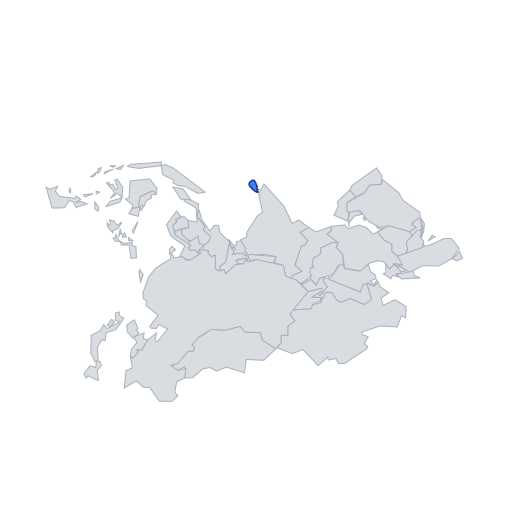 location of Sri Lanka within Asia, rotated 164°
{"feature_id": "LKA", "entity_name": "Sri Lanka", "entity_type": "country or territory", "adm_level": 0, "iso_a3": "LKA", "parent_name": "Asia", "parent_adm1": "", "projection": "mercator", "projection_center": [80.512, 7.881], "detail": "fine", "context": "in_parent", "style": "filled", "palette": "blue", "viewbox_px": 512, "rotation_deg": 164, "n_neighbors": 45, "source": "natural_earth", "source_scale": "50m", "svg_char_len": 13952}
<svg xmlns="http://www.w3.org/2000/svg" viewBox="0 0 512 512"><g transform="rotate(164 256 256)"><path d="M261.1,161.8L255.8,165.6L253.8,172.8L247.2,171.2L244.8,179.8L236.6,182.7L239.6,190.7L237.6,194.5L217.5,190.2L215.1,193.8L207.5,192.9L199.0,201.9L192.7,199.7L190.7,191.6L186.7,188.2L177.1,189.3L165.5,179.6L157.0,182.4L157.1,199.1L150.9,194.6L145.6,197.0L145.6,192.5L138.4,184.2L147.4,181.1L147.4,173.5L134.4,175.7L125.6,165.9L129.2,155.5L132.6,158.4L139.9,148.9L156.3,154.6L174.9,153.7L175.7,151.2L170.4,147.5L176.1,141.9L173.7,138.1L175.2,136.2L200.5,128.3L206.4,129.6L207.5,135.5L215.2,136.1L214.9,139.1L226.4,133.5L236.8,153.3L247.9,152.2L261.1,161.8Z" fill="#d9dde1" stroke="#a8b0b8" stroke-width="1"/><path d="M157.1,199.1L157.0,182.4L165.5,179.6L177.1,189.3L186.7,188.2L190.7,191.6L192.7,199.7L197.8,201.9L206.8,194.9L205.0,198.2L213.7,201.0L209.5,204.2L205.6,203.9L205.8,200.6L201.4,201.7L198.7,206.8L196.0,206.6L198.3,212.7L196.4,216.9L165.9,192.7L160.8,199.0L157.1,199.1Z" fill="#d9dde1" stroke="#a8b0b8" stroke-width="1"/><path d="M438.7,358.2L438.8,379.9L435.9,377.1L427.5,377.5L431.0,373.9L428.5,367.5L414.4,361.3L412.2,363.2L408.9,358.9L414.5,356.9L409.7,356.9L404.0,352.7L415.5,352.2L416.9,358.8L420.4,360.7L426.9,355.2L438.7,358.2ZM385.6,379.1L383.8,383.3L380.6,383.7L382.3,380.5L385.6,379.1ZM416.2,372.5L415.9,370.0L417.2,367.6L417.9,370.2L416.2,372.5ZM362.1,335.9L360.3,338.9L365.8,346.6L361.9,347.0L356.4,362.9L336.8,359.3L332.6,348.2L334.9,342.9L337.7,347.0L348.6,345.5L351.3,344.8L355.5,335.3L362.1,335.9ZM395.3,360.8L403.8,359.8L405.0,362.4L395.3,360.8ZM391.9,362.1L389.6,361.5L389.0,360.1L392.3,359.9L391.9,362.1ZM395.4,342.4L397.9,345.8L396.0,352.6L393.7,346.2L395.4,342.4ZM372.1,345.2L386.5,344.9L381.4,348.8L369.8,348.8L369.3,351.3L372.3,354.2L380.2,351.6L374.2,355.9L379.6,367.3L376.6,367.1L378.2,364.4L374.1,364.7L372.4,358.3L370.2,359.3L370.6,367.9L368.5,368.4L365.1,358.9L368.6,349.1L372.1,345.2ZM371.7,382.8L365.7,381.4L368.8,380.7L371.7,382.8ZM368.9,378.9L375.8,377.7L378.8,376.5L378.3,378.3L368.9,378.9ZM362.2,376.5L366.3,378.5L358.4,379.6L362.2,376.5ZM323.0,369.1L344.7,372.6L354.9,377.4L351.2,378.7L320.7,372.3L323.0,369.1ZM314.3,351.9L323.2,359.7L322.2,369.0L318.5,369.1L311.5,363.6L287.3,331.4L294.6,332.2L305.1,342.6L311.2,344.9L315.6,349.2L314.3,351.9Z" fill="#d9dde1" stroke="#a8b0b8" stroke-width="1"/><path d="M386.0,380.8L388.9,377.6L393.5,377.5L386.0,380.8Z" fill="#d9dde1" stroke="#a8b0b8" stroke-width="1"/><path d="M90.4,232.6L87.6,238.1L87.4,247.2L85.2,240.7L88.0,233.4L90.4,232.6Z" fill="#d9dde1" stroke="#a8b0b8" stroke-width="1"/><path d="M93.0,228.9L88.1,233.3L92.5,227.3L93.0,228.9Z" fill="#d9dde1" stroke="#a8b0b8" stroke-width="1"/><path d="M89.5,236.1L87.4,240.1L88.3,235.5L89.5,236.1Z" fill="#d9dde1" stroke="#a8b0b8" stroke-width="1"/><path d="M89.5,236.1L100.2,232.2L101.6,237.0L94.3,239.5L97.6,243.4L91.2,248.4L87.4,247.2L89.5,236.1Z" fill="#d9dde1" stroke="#a8b0b8" stroke-width="1"/><path d="M142.6,266.8L150.6,267.2L158.1,261.4L153.9,273.1L144.0,271.3L142.6,266.8Z" fill="#d9dde1" stroke="#a8b0b8" stroke-width="1"/><path d="M140.0,264.9L139.8,262.3L141.6,259.9L142.7,263.2L140.0,264.9Z" fill="#d9dde1" stroke="#a8b0b8" stroke-width="1"/><path d="M128.4,245.1L132.1,250.8L126.0,248.8L128.4,245.1Z" fill="#d9dde1" stroke="#a8b0b8" stroke-width="1"/><path d="M101.6,237.0L100.2,232.2L107.6,228.0L108.5,220.2L113.4,215.9L120.0,216.8L124.3,223.0L122.2,229.9L128.5,235.8L132.6,245.6L119.8,248.5L101.6,237.0Z" fill="#d9dde1" stroke="#a8b0b8" stroke-width="1"/><path d="M154.6,272.3L158.5,264.3L169.8,273.7L163.3,281.1L162.8,285.7L147.6,293.6L144.0,285.5L153.9,282.0L156.1,274.9L154.6,272.3ZM158.8,259.2L157.4,260.2L158.4,258.9L158.8,259.2Z" fill="#d9dde1" stroke="#a8b0b8" stroke-width="1"/><path d="M311.5,308.9L312.8,302.0L322.9,303.1L324.4,300.8L328.1,304.3L327.7,308.4L322.2,311.0L323.6,313.1L314.5,314.2L311.5,308.9Z" fill="#d9dde1" stroke="#a8b0b8" stroke-width="1"/><path d="M320.2,301.8L312.8,302.0L311.5,308.9L303.2,304.8L300.4,318.8L310.0,328.9L306.7,330.7L296.8,321.8L301.6,309.9L296.9,298.9L299.3,295.3L294.2,287.4L297.1,283.0L303.3,280.5L307.2,283.8L306.4,290.7L313.5,287.9L318.5,290.9L321.4,297.4L320.2,301.8Z" fill="#d9dde1" stroke="#a8b0b8" stroke-width="1"/><path d="M327.4,302.1L320.2,301.8L321.4,297.4L316.0,288.1L306.4,290.7L307.2,283.8L303.3,280.5L308.9,277.8L308.4,273.7L313.5,279.2L317.6,279.3L318.9,282.4L315.8,284.5L327.1,296.2L327.4,302.1Z" fill="#d9dde1" stroke="#a8b0b8" stroke-width="1"/><path d="M303.3,280.5L297.1,283.0L294.2,287.4L299.3,295.3L296.9,298.9L301.6,309.9L298.1,316.5L298.0,305.7L293.5,292.7L287.6,296.9L283.7,295.8L284.1,288.2L277.4,276.7L286.8,258.2L293.4,256.3L294.1,251.9L298.6,254.8L295.0,268.0L298.5,267.4L301.4,271.5L300.4,274.4L306.7,275.4L303.3,280.5Z" fill="#d9dde1" stroke="#a8b0b8" stroke-width="1"/><path d="M317.3,314.7L323.6,313.1L322.2,311.0L327.7,308.4L328.0,298.6L315.8,284.5L318.9,282.4L317.6,279.3L313.5,279.2L310.1,273.2L320.6,270.0L329.6,276.5L321.7,285.3L332.3,298.4L333.4,310.7L320.0,321.0L317.3,314.7Z" fill="#d9dde1" stroke="#a8b0b8" stroke-width="1"/><path d="M404.4,194.3L401.3,201.0L394.1,205.9L396.3,211.8L384.8,212.9L387.0,207.5L383.3,205.1L386.0,202.3L391.9,196.9L396.3,198.4L395.8,196.1L402.3,191.6L404.4,194.3Z" fill="#d9dde1" stroke="#a8b0b8" stroke-width="1"/><path d="M389.6,214.4L396.8,210.8L400.5,218.4L399.3,225.4L390.6,228.2L389.4,218.7L391.9,218.0L389.6,214.4Z" fill="#d9dde1" stroke="#a8b0b8" stroke-width="1"/><path d="M262.4,161.4L277.2,153.6L293.9,159.2L299.2,147.0L315.1,157.3L325.7,156.4L331.0,161.5L338.2,162.2L350.5,156.5L358.2,158.4L355.1,169.3L362.7,167.6L368.4,172.6L347.5,183.2L342.2,181.9L340.5,184.9L342.1,188.2L337.4,192.1L319.4,197.8L305.7,193.1L290.8,192.8L287.4,185.9L272.9,181.0L273.0,173.3L262.4,161.4Z" fill="#d9dde1" stroke="#a8b0b8" stroke-width="1"/><path d="M294.1,251.9L293.4,256.3L286.8,258.2L278.7,274.7L276.9,269.0L275.5,271.3L273.6,269.5L277.7,264.1L269.5,263.0L265.1,258.7L263.9,261.2L266.3,263.2L263.5,265.8L265.5,266.8L266.1,276.0L259.8,276.7L258.2,281.4L243.9,294.0L237.8,296.2L236.2,315.1L228.5,323.1L215.3,295.9L212.3,277.2L205.1,278.9L197.5,268.8L207.0,266.4L202.0,256.9L205.6,253.0L209.5,253.2L221.0,236.6L216.0,228.5L226.3,227.1L229.5,223.7L233.1,228.4L232.5,239.5L240.4,244.6L237.0,249.9L247.6,255.3L263.4,258.8L265.6,252.6L266.0,256.3L269.0,257.7L276.5,257.3L275.4,253.8L290.1,247.4L290.5,251.4L294.1,251.9Z" fill="#d9dde1" stroke="#a8b0b8" stroke-width="1"/><path d="M276.9,269.0L277.7,279.6L274.5,272.1L271.5,272.0L270.7,275.4L266.6,274.7L263.5,265.8L266.3,263.2L263.9,261.2L265.1,258.7L269.5,263.0L277.7,264.1L273.6,269.5L275.5,271.3L276.9,269.0Z" fill="#d9dde1" stroke="#a8b0b8" stroke-width="1"/><path d="M275.4,253.8L276.5,257.3L266.0,256.3L269.9,251.8L275.4,253.8Z" fill="#d9dde1" stroke="#a8b0b8" stroke-width="1"/><path d="M263.6,253.4L263.4,258.8L260.6,258.9L237.0,249.9L241.7,243.7L256.0,252.2L263.6,253.4Z" fill="#d9dde1" stroke="#a8b0b8" stroke-width="1"/><path d="M229.5,223.7L226.3,227.1L216.0,228.5L221.0,236.6L209.5,253.2L205.6,253.0L202.0,256.9L207.0,266.4L197.5,268.8L191.6,262.5L175.4,263.7L176.7,259.5L181.4,257.6L173.4,246.0L178.9,247.9L191.5,245.8L193.4,240.3L201.3,238.0L209.7,219.5L220.7,217.0L224.1,222.1L229.5,223.7Z" fill="#d9dde1" stroke="#a8b0b8" stroke-width="1"/><path d="M186.2,217.1L200.9,216.9L206.2,211.3L209.7,218.6L214.4,215.5L220.7,217.0L207.8,221.3L208.9,225.1L206.5,229.8L203.3,229.6L204.6,232.3L201.3,238.0L193.4,240.3L191.5,245.8L178.9,247.9L173.4,246.0L176.4,242.5L172.2,233.8L174.5,223.1L180.3,224.1L186.2,217.1Z" fill="#d9dde1" stroke="#a8b0b8" stroke-width="1"/><path d="M196.4,216.9L198.3,212.7L196.0,206.6L205.8,200.6L206.9,203.8L201.8,206.9L215.7,207.3L220.1,215.8L209.7,218.6L206.2,211.3L200.9,216.9L196.4,216.9Z" fill="#d9dde1" stroke="#a8b0b8" stroke-width="1"/><path d="M206.8,194.9L215.1,193.8L217.5,190.2L237.6,194.5L215.7,207.3L201.8,206.9L202.1,204.4L213.7,201.0L205.0,198.2L206.8,194.9Z" fill="#d9dde1" stroke="#a8b0b8" stroke-width="1"/><path d="M145.6,197.0L150.9,194.6L155.4,199.3L160.8,199.0L165.9,192.7L192.1,213.4L192.0,216.0L189.5,214.8L177.8,224.6L174.5,223.1L174.2,219.6L161.6,213.2L150.3,216.7L150.2,209.3L146.3,204.7L147.0,201.0L153.0,200.7L149.7,195.5L146.7,199.9L145.6,197.0Z" fill="#d9dde1" stroke="#a8b0b8" stroke-width="1"/><path d="M132.6,245.6L128.5,235.8L122.2,229.9L124.3,223.0L118.2,213.5L117.8,207.3L124.6,210.2L130.9,206.6L134.7,215.1L140.1,218.0L150.0,217.7L159.3,212.8L174.2,219.6L172.2,233.8L176.4,242.5L173.4,246.0L181.4,257.6L176.7,259.5L175.4,263.7L161.8,261.3L160.4,256.8L148.9,257.4L142.4,253.4L137.7,244.8L132.6,245.6Z" fill="#d9dde1" stroke="#a8b0b8" stroke-width="1"/><path d="M90.1,234.8L93.0,228.9L90.7,224.0L93.4,218.3L112.0,216.6L108.5,220.2L107.6,228.0L93.7,236.4L90.1,234.8Z" fill="#d9dde1" stroke="#a8b0b8" stroke-width="1"/><path d="M125.8,210.1L116.3,203.7L116.1,200.1L122.6,201.3L125.8,210.1Z" fill="#d9dde1" stroke="#a8b0b8" stroke-width="1"/><path d="M120.0,216.8L93.4,218.3L91.5,222.4L91.5,219.0L86.7,218.4L70.1,221.0L63.3,218.9L58.4,207.1L68.6,199.5L82.7,196.0L98.8,200.7L112.9,197.9L120.1,206.1L117.8,207.3L120.0,216.8ZM58.2,196.8L64.5,196.0L67.8,199.1L59.0,204.2L58.2,196.8Z" fill="#d9dde1" stroke="#a8b0b8" stroke-width="1"/><path d="M334.3,288.3L331.5,284.2L338.6,281.7L337.2,286.6L334.3,288.3ZM215.7,207.3L239.6,190.7L236.6,182.7L244.8,179.8L247.2,171.2L253.8,172.8L255.8,165.6L262.4,161.4L273.0,173.3L272.9,181.0L287.4,185.9L290.8,192.8L305.7,193.1L319.4,197.8L333.5,193.7L342.1,188.2L340.5,184.9L342.2,181.9L347.5,183.2L360.6,174.4L368.0,174.3L362.7,167.6L354.2,167.2L358.2,158.4L366.8,157.1L371.6,147.5L369.7,143.2L376.6,139.4L388.9,143.0L394.5,159.0L400.3,160.7L405.5,168.9L418.9,165.5L412.5,181.7L405.7,182.5L404.4,194.3L402.3,191.6L395.8,196.1L396.3,198.4L391.9,196.9L383.3,205.1L372.7,209.5L376.3,203.0L374.6,200.7L361.0,210.2L368.2,216.9L371.9,213.9L377.0,215.6L377.5,217.8L366.3,226.1L375.5,238.8L373.3,242.8L376.1,246.0L374.7,252.1L364.7,265.7L355.6,272.1L338.6,277.0L337.5,280.8L335.7,281.0L335.6,277.0L326.3,275.5L325.2,272.0L320.6,270.0L308.4,273.7L308.9,277.8L300.4,274.4L301.4,271.5L298.5,267.4L295.0,268.0L298.6,254.8L296.0,251.7L290.5,251.4L290.1,247.4L278.1,253.3L269.9,251.8L265.9,255.5L265.6,252.6L256.0,252.2L232.5,239.5L233.1,228.4L224.1,222.1L215.7,207.3Z" fill="#d9dde1" stroke="#a8b0b8" stroke-width="1"/><path d="M374.1,262.9L373.1,272.0L371.6,275.0L369.5,269.3L374.1,262.9Z" fill="#d9dde1" stroke="#a8b0b8" stroke-width="1"/><path d="M125.4,196.7L130.1,199.8L132.7,196.9L138.6,203.7L135.9,204.1L133.6,212.0L130.9,206.6L125.8,210.1L122.8,205.2L120.7,199.4L125.8,200.2L125.4,196.7ZM124.6,210.2L122.3,209.6L120.1,206.1L123.2,207.1L124.6,210.2Z" fill="#d9dde1" stroke="#a8b0b8" stroke-width="1"/><path d="M104.1,189.6L122.3,193.8L126.2,199.7L109.4,198.1L109.0,193.2L104.1,189.6Z" fill="#d9dde1" stroke="#a8b0b8" stroke-width="1"/><path d="M373.3,308.8L370.2,304.6L374.2,305.9L373.3,308.8ZM379.1,319.6L378.9,313.3L380.2,315.4L382.7,312.1L379.1,319.6ZM387.1,317.1L390.8,325.7L389.7,328.8L388.5,325.4L386.9,327.0L387.0,331.1L383.1,329.1L381.1,323.6L375.5,325.7L380.7,320.7L387.3,319.7L387.1,317.1ZM368.1,314.4L359.8,321.8L367.5,311.7L368.1,314.4ZM376.9,288.2L374.9,301.6L382.2,303.5L382.7,307.7L378.9,304.3L371.2,303.2L372.4,300.9L368.9,297.9L371.5,287.2L376.9,288.2ZM375.8,314.8L375.4,309.9L379.5,311.0L375.8,314.8ZM387.4,309.0L388.3,312.8L385.8,311.9L385.1,315.8L383.3,307.7L387.4,309.0Z" fill="#d9dde1" stroke="#a8b0b8" stroke-width="1"/><path d="M303.2,328.1L312.7,331.3L316.9,345.3L307.5,340.4L303.2,328.1ZM362.1,335.9L355.5,335.3L351.3,344.8L337.7,347.0L335.5,345.1L334.9,342.9L339.9,343.4L340.6,340.6L346.0,339.3L350.0,334.6L353.8,335.3L358.3,326.6L366.5,331.6L362.1,335.9Z" fill="#d9dde1" stroke="#a8b0b8" stroke-width="1"/><path d="M354.1,331.5L353.8,335.3L351.5,336.3L350.0,334.6L354.1,331.5Z" fill="#d9dde1" stroke="#a8b0b8" stroke-width="1"/><path d="M441.6,208.3L436.2,225.1L426.2,227.3L421.5,231.9L419.1,227.3L405.5,230.2L408.9,233.1L406.7,239.8L402.9,239.9L403.8,236.4L400.3,232.5L410.9,223.9L421.1,223.6L424.5,216.2L426.8,218.2L433.5,212.4L436.4,199.6L439.9,198.8L441.6,208.3ZM450.7,187.2L453.0,185.2L453.8,190.4L445.9,196.1L440.7,193.0L438.9,197.9L435.2,198.0L434.8,193.5L440.0,189.8L441.9,179.7L450.7,187.2ZM410.1,231.9L415.2,228.3L418.1,230.5L412.3,234.9L410.1,231.9Z" fill="#d9dde1" stroke="#a8b0b8" stroke-width="1"/><path d="M144.0,285.5L147.6,293.6L144.5,297.3L115.8,307.4L112.9,298.6L115.4,290.4L127.4,292.6L134.4,286.8L144.0,285.5Z" fill="#d9dde1" stroke="#a8b0b8" stroke-width="1"/><path d="M87.5,247.8L96.0,245.3L97.6,243.4L94.3,239.5L101.6,237.0L119.8,248.5L128.9,249.1L137.8,257.8L144.0,271.3L154.6,272.3L156.1,274.9L153.9,282.0L134.4,286.8L127.4,292.6L115.4,290.4L113.4,294.7L101.4,277.4L99.2,268.8L86.4,252.7L87.5,247.8Z" fill="#d9dde1" stroke="#a8b0b8" stroke-width="1"/><path d="M86.3,223.0L81.0,227.4L78.6,225.3L86.3,223.0Z" fill="#d9dde1" stroke="#a8b0b8" stroke-width="1"/><path d="M236.6,316.9L237.0,316.9L237.3,316.9L237.5,317.0L237.9,317.5L239.0,318.4L239.7,319.4L239.7,319.6L239.8,319.7L239.9,319.8L240.1,319.9L240.7,320.8L240.7,321.0L240.8,321.3L241.1,321.4L241.2,321.6L241.4,322.3L241.4,322.5L242.2,323.7L242.3,323.9L242.2,324.0L242.3,324.1L242.6,324.8L242.8,324.9L242.9,325.4L242.9,326.3L242.9,326.7L242.7,327.1L242.5,327.6L242.4,328.0L242.1,328.3L241.3,328.9L241.0,329.0L239.9,329.4L239.1,329.7L238.3,329.8L237.6,329.6L237.0,329.2L236.7,328.5L236.5,327.7L236.2,326.9L236.0,324.4L235.9,323.7L235.7,322.8L235.7,322.4L235.9,322.0L235.9,322.8L236.0,322.9L236.1,322.0L236.2,321.6L236.5,320.7L236.5,320.2L236.9,319.3L237.0,318.9L237.1,318.6L237.1,318.1L237.0,317.7L237.3,317.8L237.5,318.0L237.9,318.0L238.1,318.0L238.0,317.8L237.5,317.6L236.8,317.5L236.6,317.3L236.5,317.2L236.6,316.9ZM236.3,319.5L236.1,319.6L235.9,319.4L236.2,319.4L236.3,319.5ZM236.6,317.5L236.4,317.6L236.2,317.3L236.2,317.2L236.3,317.1L236.4,317.4L236.6,317.5Z" fill="#3b82f6" stroke="#1e3a8a" stroke-width="1.5"/></g></svg>